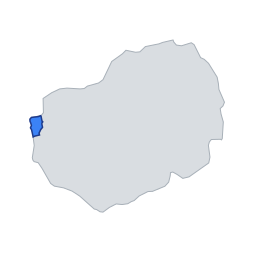 Novo Selo highlighted on a map of North Macedonia, rotated 169°
{"feature_id": "MKD-2999", "entity_name": "Novo Selo", "entity_type": "Statistical Region", "adm_level": 1, "iso_a3": "MKD", "parent_name": "North Macedonia", "parent_adm1": "", "projection": "orthographic", "projection_center": [22.854, 41.429], "detail": "fine", "context": "in_parent", "style": "filled", "palette": "blue", "viewbox_px": 256, "rotation_deg": 169, "n_neighbors": 0, "source": "natural_earth", "source_scale": "10m", "svg_char_len": 1699}
<svg xmlns="http://www.w3.org/2000/svg" viewBox="0 0 256 256"><g transform="rotate(169 128 128)"><path d="M116.3,61.2L120.6,61.8L129.9,59.2L135.8,55.6L138.8,55.1L142.7,53.7L148.4,54.0L154.1,55.7L161.4,53.6L168.6,50.2L171.4,51.1L174.5,54.0L176.6,54.9L188.4,70.4L194.9,76.7L202.6,81.5L211.4,85.0L214.5,88.3L220.1,104.8L222.8,111.1L226.6,112.9L227.5,114.7L227.6,117.1L223.4,128.7L221.8,154.7L220.7,156.8L216.3,156.7L210.4,157.2L208.1,159.2L205.7,173.2L196.2,177.2L187.6,179.4L180.3,178.8L167.5,175.5L163.4,175.1L159.8,176.9L148.3,177.8L143.3,180.2L131.3,196.4L119.3,201.9L115.2,204.7L106.1,200.9L101.8,200.5L95.4,204.6L81.5,204.7L77.7,205.4L67.0,205.8L66.6,203.5L64.7,200.2L59.8,198.5L49.6,199.6L47.2,197.2L43.3,183.2L40.1,180.9L36.6,176.1L30.8,160.9L30.8,154.3L31.4,148.5L28.4,134.9L30.6,131.5L33.8,129.5L34.0,124.0L33.3,115.7L37.5,99.6L38.5,98.5L39.4,99.3L48.4,100.8L50.8,98.8L52.4,95.6L53.1,83.8L55.4,78.3L77.4,68.4L83.8,68.1L88.6,73.0L92.4,76.2L94.8,76.1L95.7,73.0L98.4,67.1L102.9,63.8L116.2,61.1L116.3,61.2Z" fill="#d9dde1" stroke="#a8b0b8" stroke-width="1"/><path d="M220.8,156.8L213.7,156.3L211.4,156.7L211.1,156.3L211.1,155.8L211.1,153.8L211.1,152.2L211.1,151.1L210.8,150.9L210.5,150.6L210.5,150.4L210.6,150.1L211.0,149.8L211.3,149.6L211.6,149.3L211.7,148.8L211.8,148.1L211.8,146.9L211.8,146.0L211.7,145.1L212.1,144.6L212.8,144.1L213.2,143.8L214.0,143.0L214.7,142.2L215.1,141.5L215.6,140.9L216.0,140.5L216.3,139.7L216.2,138.4L216.2,138.0L216.7,138.0L218.7,137.9L221.4,137.8L222.1,137.5L222.8,137.3L223.0,144.6L223.1,145.1L223.6,146.2L223.7,146.8L223.5,147.2L222.6,148.4L222.3,149.0L222.5,151.2L222.9,153.4L222.6,155.4L220.8,156.8Z" fill="#3b82f6" stroke="#1e3a8a" stroke-width="1.5"/></g></svg>